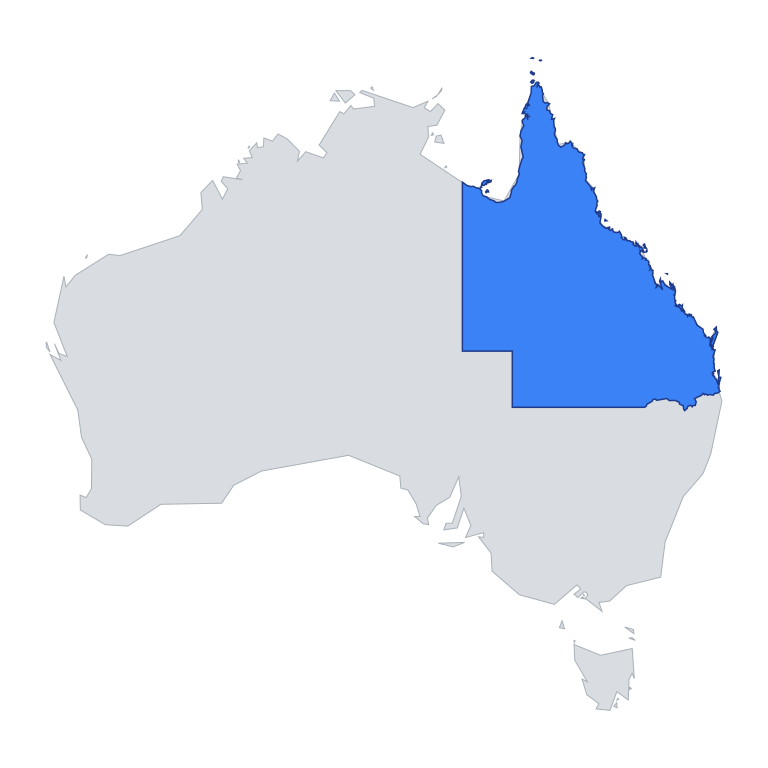 location of Queensland within Australia
{"feature_id": "AUS-2657", "entity_name": "Queensland", "entity_type": "State", "adm_level": 1, "iso_a3": "AUS", "parent_name": "Australia", "parent_adm1": "", "projection": "mercator", "projection_center": [147.106, -19.205], "detail": "fine", "context": "in_parent", "style": "filled", "palette": "blue", "viewbox_px": 768, "rotation_deg": 0, "n_neighbors": 0, "source": "natural_earth", "source_scale": "10m", "svg_char_len": 9752}
<svg xmlns="http://www.w3.org/2000/svg" viewBox="0 0 768 768"><path d="M548.5,103.5L558.1,144.4L570.0,142.4L583.5,154.6L585.8,179.8L593.9,188.6L595.9,212.3L601.7,224.7L641.2,247.9L656.9,286.2L661.4,288.2L662.2,281.4L670.8,288.4L672.2,284.9L675.8,304.6L681.0,310.5L692.3,316.7L714.4,350.5L713.6,373.3L721.9,401.1L710.7,454.2L702.9,473.8L683.3,496.5L665.1,542.0L660.7,577.1L626.5,585.6L609.6,601.1L599.0,602.4L602.0,611.4L585.3,598.4L587.7,595.4L586.6,592.2L583.6,592.0L578.1,597.6L574.0,594.2L580.7,589.0L576.9,584.9L554.4,604.4L519.3,594.7L492.1,571.2L491.1,553.1L478.5,536.8L483.8,537.4L483.7,532.6L465.5,537.5L470.9,525.5L463.9,508.2L457.3,527.9L443.9,529.9L446.0,523.3L452.3,523.2L461.3,496.4L458.8,476.6L449.7,497.4L436.3,505.4L427.4,518.1L428.7,524.6L423.3,523.8L414.6,516.6L420.0,516.5L416.2,504.0L407.9,490.0L400.9,488.2L399.8,476.0L348.5,455.3L261.6,471.0L233.8,485.2L221.6,503.2L160.9,504.3L127.8,526.1L105.4,524.7L80.3,510.0L80.1,495.1L86.2,497.6L91.5,488.7L91.8,459.2L81.5,437.2L77.8,410.0L50.0,354.5L60.9,360.4L54.5,343.7L59.0,353.5L67.2,356.5L53.9,322.4L64.0,276.2L65.9,287.0L75.4,275.2L108.6,254.3L120.2,255.5L179.9,235.7L202.3,209.5L200.9,192.5L212.6,180.4L222.5,199.2L227.7,188.7L221.3,181.3L223.2,176.7L242.6,179.8L236.5,178.0L240.5,170.6L237.1,164.1L247.4,163.2L243.7,158.3L252.3,157.6L249.3,150.7L256.8,142.8L257.4,147.5L263.3,146.9L263.9,138.0L272.5,141.2L278.0,134.0L287.2,138.9L299.5,151.3L297.4,161.2L305.8,151.7L323.4,158.0L326.9,152.6L319.1,145.1L339.8,111.6L343.9,113.8L350.9,105.5L353.4,109.0L374.5,106.4L373.9,98.3L359.7,92.5L362.1,90.4L413.0,107.6L427.9,101.3L424.3,107.9L430.5,111.5L438.1,103.6L444.9,110.2L436.8,125.2L428.0,126.5L428.4,137.3L420.1,154.3L466.5,185.3L479.2,188.4L483.1,195.9L504.1,201.0L519.1,174.0L520.1,134.9L522.5,120.4L527.7,116.9L523.7,110.3L536.5,82.4L548.5,103.5ZM574.0,644.5L600.6,655.3L632.2,648.5L634.3,678.7L632.1,673.2L629.0,679.7L628.3,700.0L616.9,691.6L609.9,710.4L596.1,708.9L598.8,703.6L586.8,694.7L582.0,679.0L587.3,681.8L574.8,660.3L574.0,644.5ZM335.9,90.6L350.5,90.6L355.0,94.7L345.3,103.0L335.9,90.6ZM438.2,543.2L464.5,542.4L453.2,546.9L438.2,543.2ZM441.0,135.1L444.0,143.4L434.7,142.0L436.2,136.1L441.0,135.1ZM713.0,346.5L712.3,336.2L715.9,327.7L717.5,333.9L713.0,346.5ZM624.7,627.0L633.5,629.5L633.8,633.6L624.7,627.0ZM334.4,93.0L339.5,101.2L330.2,100.7L334.4,93.0ZM564.5,628.8L559.4,627.7L562.1,620.7L564.5,628.8ZM490.6,181.7L486.2,184.3L481.7,185.7L483.9,180.9L490.6,181.7ZM50.0,352.1L46.4,347.1L46.1,342.5L46.7,342.3L50.0,352.1ZM631.9,637.6L635.3,640.4L628.8,638.1L631.9,637.6ZM679.0,305.9L682.4,305.9L682.4,310.4L679.0,305.9ZM597.0,212.0L601.0,214.6L600.3,216.1L597.0,212.0ZM616.7,702.7L617.1,707.8L613.7,706.2L616.7,702.7ZM718.9,377.3L719.2,383.0L718.8,382.9L718.9,377.3ZM373.2,90.2L370.7,88.0L372.3,86.8L373.2,90.2ZM441.5,90.6L437.9,94.8L442.1,87.6L441.5,90.6ZM719.4,370.4L717.7,372.3L718.9,370.2L719.4,370.4ZM446.9,167.0L444.8,167.8L445.9,165.8L446.9,167.0ZM433.7,134.8L431.2,135.3L432.7,132.7L433.7,134.8ZM87.4,254.6L86.6,258.1L85.5,257.8L87.4,254.6ZM532.2,80.4L532.1,83.3L531.1,81.3L532.2,80.4ZM583.6,593.8L584.3,595.9L583.4,595.3L583.6,593.8ZM437.0,96.0L432.2,98.8L437.1,95.2L437.0,96.0ZM249.7,146.6L247.9,148.6L249.0,146.2L249.7,146.6ZM618.6,699.1L616.9,700.1L617.8,698.2L618.6,699.1ZM488.5,191.8L485.8,191.7L487.2,190.0L488.5,191.8ZM239.8,161.7L238.5,162.8L238.4,160.2L239.8,161.7ZM631.4,688.5L629.1,689.9L629.8,687.2L631.4,688.5ZM533.8,72.8L533.5,74.7L532.1,73.8L533.8,72.8ZM582.3,596.7L584.6,598.8L580.9,598.2L582.3,596.7ZM646.0,247.6L644.2,247.8L644.9,245.4L646.0,247.6ZM660.6,281.0L659.6,281.0L660.4,279.2L660.6,281.0ZM575.1,640.8L574.5,642.6L573.9,640.4L575.1,640.8Z" fill="#d9dde1" stroke="#a8b0b8" stroke-width="1"/><path d="M462.4,182.2L467.3,185.7L470.6,186.6L473.3,186.3L476.4,187.9L479.2,188.3L481.6,190.7L481.6,193.1L483.0,195.8L486.3,196.7L489.7,199.4L494.4,201.0L495.6,202.4L499.6,202.4L504.1,201.2L509.7,197.8L511.4,192.6L511.4,190.5L513.6,186.7L515.6,185.0L517.1,181.4L517.1,179.8L519.4,173.9L518.5,171.6L519.6,166.8L521.9,159.3L523.2,157.2L520.9,146.7L522.2,140.4L520.0,136.1L521.0,131.1L523.8,125.6L522.0,121.1L522.8,119.5L524.8,118.2L525.7,115.7L526.9,116.5L527.9,119.8L527.3,117.2L529.0,116.5L525.9,115.4L528.4,114.3L525.5,114.2L523.8,112.9L524.6,112.0L523.2,111.9L523.2,113.3L523.9,113.6L522.1,113.5L524.2,108.3L525.7,108.3L524.8,107.8L526.1,104.4L527.4,103.5L527.5,106.1L528.3,104.9L529.2,105.5L529.4,105.0L528.1,103.9L528.0,102.5L531.1,93.1L531.4,86.5L534.2,85.7L536.3,82.5L538.0,82.1L539.1,83.1L537.4,84.8L537.2,86.5L538.7,85.1L539.8,86.2L539.9,87.4L541.2,86.9L542.3,90.2L542.2,92.0L543.4,93.8L542.5,95.4L543.2,101.5L545.4,103.2L547.2,102.6L549.6,103.8L546.9,106.8L546.8,109.9L549.7,110.9L550.4,113.4L552.7,114.7L551.5,119.3L554.5,118.5L553.7,120.0L553.8,122.6L554.2,126.9L555.3,128.4L555.4,130.3L554.3,134.1L555.7,137.5L556.9,138.7L557.3,142.0L558.5,145.3L561.1,147.2L564.8,144.8L565.5,142.7L567.2,143.8L569.4,142.7L570.2,141.2L571.8,142.9L571.8,144.7L572.6,144.2L572.3,146.4L573.4,147.9L577.1,148.9L577.8,151.0L579.2,152.2L582.4,152.7L583.3,154.7L584.5,154.6L582.6,158.4L583.2,159.9L584.1,159.3L584.5,159.9L583.5,160.7L582.8,163.0L584.8,168.5L584.6,171.2L586.4,173.9L585.9,176.3L586.5,177.3L585.4,180.5L590.7,186.7L591.7,188.2L591.0,188.8L591.6,189.9L592.7,188.1L593.4,188.5L594.6,187.9L593.4,191.2L596.5,197.0L596.5,199.1L597.8,201.2L597.1,202.1L596.7,204.0L597.2,205.2L595.4,210.1L595.5,211.7L597.0,213.7L598.4,214.2L598.8,216.6L601.0,216.8L599.9,222.9L603.0,226.4L606.2,228.3L607.7,228.1L610.4,230.5L612.1,229.5L612.4,228.2L612.9,230.7L614.2,232.3L619.0,232.4L619.4,231.8L619.0,230.6L621.3,234.6L621.9,237.2L621.4,237.5L623.3,239.7L625.0,239.8L624.4,237.3L625.7,237.7L627.4,240.9L629.8,240.6L630.7,241.6L633.2,242.1L633.7,243.3L633.0,244.2L635.3,246.2L636.3,246.0L635.6,245.6L636.5,245.1L636.0,243.8L637.2,244.2L637.9,243.7L638.7,246.5L639.4,245.6L639.9,246.0L639.9,247.6L641.6,247.0L644.2,252.2L643.0,252.1L642.0,250.4L641.2,251.1L640.2,250.5L640.6,251.6L639.6,252.9L640.9,255.5L642.6,256.5L642.3,258.5L643.1,257.7L646.1,258.7L645.6,260.0L647.7,260.4L649.0,262.1L648.5,264.4L649.1,265.5L649.4,265.0L650.1,265.5L650.5,267.2L650.0,267.6L650.9,268.0L650.1,269.6L651.0,269.0L651.8,269.5L652.3,270.9L653.3,270.0L652.5,271.8L653.1,273.4L652.4,274.6L654.7,281.2L654.4,281.7L655.3,282.7L655.0,283.4L656.8,284.5L656.2,287.2L658.7,285.1L662.6,289.9L660.5,283.7L661.5,281.4L662.7,280.9L665.0,285.1L671.9,289.3L670.7,286.0L671.2,284.1L672.4,284.5L672.2,285.4L672.8,285.9L673.1,284.8L673.5,286.2L674.4,286.6L673.8,287.7L673.0,287.7L674.0,289.6L674.7,287.9L675.5,290.9L674.9,295.0L674.1,295.1L674.7,295.7L674.5,299.2L675.8,300.8L674.9,301.9L676.5,305.2L675.3,305.5L676.5,306.7L678.6,306.6L680.5,308.5L681.5,310.9L683.1,311.2L685.8,314.5L687.4,314.8L687.6,316.1L688.1,315.2L689.9,316.2L688.7,314.4L689.1,314.0L690.6,314.7L690.4,315.5L691.4,314.8L691.9,317.0L692.9,317.6L693.4,317.1L697.1,325.2L702.9,329.1L703.5,332.7L705.6,335.6L704.5,336.0L706.6,337.3L708.6,337.9L708.8,337.1L710.2,338.0L710.5,340.4L709.5,341.4L711.0,340.7L711.1,341.8L710.1,343.0L709.7,345.1L712.0,347.9L712.0,350.5L712.7,347.7L713.7,349.9L715.1,349.9L712.9,357.0L713.9,358.4L713.5,363.1L714.2,363.8L714.1,367.7L715.2,371.1L713.0,371.7L712.3,373.3L713.6,373.4L712.7,375.5L714.5,376.5L714.9,378.1L716.1,379.0L718.3,384.8L719.1,384.5L718.3,387.6L719.0,387.5L719.1,389.8L720.1,391.2L717.6,393.1L714.9,393.3L713.4,395.1L709.4,394.5L707.5,395.2L705.3,393.9L704.4,394.7L703.1,393.4L701.5,395.3L694.5,398.6L696.2,401.7L695.3,405.4L692.7,405.7L692.1,406.8L690.5,405.2L687.8,406.4L687.1,408.5L684.7,410.6L683.7,409.2L683.2,405.8L679.5,404.1L679.2,402.3L675.0,400.4L669.3,400.6L666.8,398.5L656.9,400.3L655.1,399.1L653.2,399.4L652.1,401.3L646.8,404.4L646.3,406.1L644.7,407.3L512.3,407.3L512.3,351.1L462.4,351.1L462.4,182.2ZM717.8,332.5L713.1,344.9L713.3,346.6L712.6,347.4L710.8,343.4L712.8,338.7L712.8,337.3L711.9,336.6L715.4,333.2L715.7,331.1L713.9,329.3L716.3,327.1L716.4,330.4L717.8,332.5ZM491.2,180.5L490.8,181.9L489.2,182.4L488.2,181.2L487.1,181.8L487.7,182.5L486.9,182.5L486.4,184.3L485.6,183.9L484.0,185.4L482.8,185.3L482.0,184.3L482.0,185.5L481.4,185.9L481.8,183.5L483.8,181.0L488.7,179.7L490.5,180.8L491.2,180.5ZM682.2,307.3L683.4,309.9L682.0,310.4L678.1,305.1L679.6,304.4L681.7,306.0L682.4,305.2L682.2,307.3ZM601.0,213.9L601.2,215.0L600.5,216.0L599.1,215.7L598.7,214.1L597.0,211.9L599.0,212.4L599.2,211.0L600.4,211.7L600.0,213.0L601.0,213.9ZM718.9,377.0L720.8,377.4L719.2,383.2L718.4,383.3L718.3,378.9L718.9,377.0ZM718.8,376.3L717.7,370.9L719.2,370.0L718.8,376.3ZM532.1,80.4L533.6,82.5L532.0,83.4L530.7,82.0L532.1,80.4ZM488.4,190.8L488.5,191.9L486.7,191.9L486.1,192.6L485.7,191.9L487.2,189.9L488.4,190.8ZM533.8,72.8L534.4,73.8L533.7,74.8L532.5,74.5L532.4,73.0L533.8,72.8ZM646.3,248.3L644.0,247.8L644.9,245.4L645.3,246.8L646.3,248.3ZM532.0,71.8L532.0,72.9L531.2,73.6L530.5,72.4L531.2,71.3L532.0,71.8ZM538.9,60.3L541.9,60.1L540.7,60.8L538.9,60.3ZM660.4,279.1L660.6,281.2L660.0,282.4L659.6,280.9L660.4,279.1ZM669.8,282.2L671.1,283.8L669.8,284.5L669.8,282.2ZM644.6,243.5L643.9,245.9L643.2,245.2L644.6,243.5ZM532.3,57.6L533.5,58.0L533.5,58.4L531.4,58.2L532.3,57.6ZM605.0,219.5L606.7,220.7L604.8,220.9L605.0,219.5ZM609.6,227.1L609.8,228.0L609.0,228.2L608.3,227.4L609.6,227.1ZM533.2,80.2L533.8,80.1L534.3,80.8L533.4,81.3L533.2,80.2ZM684.0,309.9L684.8,312.2L683.9,310.9L684.0,309.9ZM657.3,284.4L657.9,284.9L657.2,286.2L657.0,285.2L657.3,284.4ZM646.8,250.1L647.1,251.2L646.1,252.1L645.9,251.6L646.8,250.1ZM636.1,242.1L636.6,242.8L636.4,243.6L636.1,243.5L636.1,242.1ZM666.7,273.7L667.5,273.7L667.9,273.4L667.5,274.2L666.7,273.7ZM480.5,187.2L481.2,186.9L481.6,187.2L480.8,187.8L480.5,187.2ZM710.9,337.8L711.8,338.7L711.6,338.9L710.9,337.8Z" fill="#3b82f6" stroke="#1e3a8a" stroke-width="1.5"/></svg>